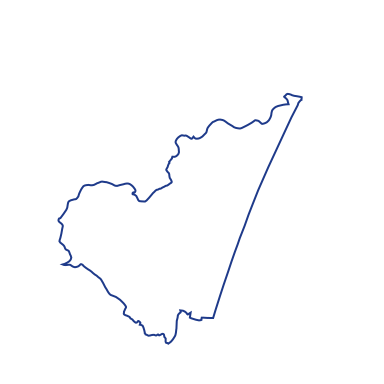 outline of Mo Duc, Quảng Ngãi, Vietnam, rotated 37°
{"feature_id": "81297802B23204917551818", "entity_name": "Mo Duc", "entity_type": "district", "adm_level": 2, "iso_a3": "VNM", "parent_name": "Vietnam", "parent_adm1": "Quảng Ngãi", "projection": "natural_earth1", "projection_center": [108.868, 14.986], "detail": "fine", "context": "isolated", "style": "outline", "palette": "blue", "viewbox_px": 384, "rotation_deg": 37, "n_neighbors": 0, "source": "geoboundaries", "source_scale": "gbopen_adm2", "svg_char_len": 6021}
<svg xmlns="http://www.w3.org/2000/svg" viewBox="0 0 384 384"><g transform="rotate(37 192 192)"><path d="M284.7,279.9L281.9,272.3L276.9,258.1L273.1,247.0L268.8,233.9L265.4,223.8L262.3,214.1L260.0,206.4L257.9,200.0L254.4,187.4L250.8,176.0L247.5,164.2L243.8,150.8L238.0,126.3L230.2,89.9L226.5,72.6L224.2,59.1L223.4,56.9L223.4,55.0L223.6,53.3L224.0,52.5L223.6,52.1L223.0,50.9L222.5,50.3L220.7,51.1L218.1,52.4L215.7,53.7L213.6,54.5L212.4,54.7L211.6,55.0L210.7,55.3L209.8,55.8L209.3,56.1L208.9,56.7L208.7,57.1L208.6,58.5L208.2,60.3L208.6,60.6L209.0,60.6L209.8,60.6L211.0,60.7L212.0,60.9L212.9,61.2L213.5,61.6L214.2,62.2L215.3,63.1L216.3,63.8L214.3,65.5L212.4,67.4L209.0,71.5L208.4,72.5L207.9,73.3L207.5,74.3L207.3,74.9L207.0,76.4L206.9,77.5L206.9,78.2L206.9,78.5L207.2,79.4L207.9,81.0L209.0,82.9L209.6,84.5L209.9,85.8L210.2,87.9L210.2,88.8L209.9,90.7L209.7,91.5L208.8,93.2L208.1,94.2L207.6,94.8L207.2,95.2L207.0,95.4L206.2,95.5L203.1,95.2L202.5,95.2L201.7,95.4L200.9,95.8L200.3,96.1L199.8,96.3L199.3,96.7L199.0,97.3L198.7,98.6L198.3,99.7L198.0,100.7L197.4,102.1L196.3,104.7L195.4,106.6L193.4,110.6L192.9,111.4L192.4,112.1L191.7,112.7L190.8,113.2L189.7,113.8L188.2,114.5L186.4,115.0L184.7,115.0L180.3,115.5L179.4,115.6L176.3,115.6L174.6,115.7L173.1,116.1L171.1,117.1L169.7,118.2L168.6,119.7L167.2,122.5L166.6,123.4L166.3,124.6L165.9,128.6L165.9,131.0L166.0,131.6L166.1,132.1L166.5,133.2L166.9,134.0L167.2,134.8L167.5,135.5L167.6,136.2L167.5,137.2L167.3,138.4L167.1,140.0L166.9,141.4L166.7,142.0L166.2,143.3L165.7,144.4L164.8,145.6L163.8,146.5L162.9,147.1L162.4,147.2L161.6,147.3L160.8,147.1L159.9,146.9L159.9,148.4L159.9,149.2L159.5,149.8L159.0,150.0L158.6,150.0L158.0,150.1L156.6,150.1L154.1,150.3L153.1,150.6L152.7,150.9L152.2,151.5L151.1,152.1L150.1,152.6L149.6,153.0L148.9,154.3L148.2,156.6L148.0,158.6L148.1,159.7L148.4,161.2L148.9,162.1L149.7,162.7L151.7,163.5L152.7,163.8L154.3,164.5L155.5,165.6L156.5,166.8L157.6,168.0L158.2,169.6L158.2,171.0L157.9,172.7L157.4,173.7L156.8,174.5L155.1,175.6L155.4,176.6L155.7,177.0L155.8,177.5L155.7,177.6L155.7,179.4L155.6,181.8L156.2,182.1L156.5,182.3L156.5,183.6L156.9,185.2L157.5,186.7L157.8,189.0L158.1,189.8L158.7,190.1L160.3,190.6L162.2,190.9L163.1,191.5L163.9,192.4L164.7,193.2L165.7,194.1L167.8,194.9L168.6,195.3L169.7,196.1L169.7,196.3L169.9,196.7L169.8,197.3L169.2,198.8L168.8,200.4L168.2,201.9L167.3,202.9L166.5,204.8L165.6,206.4L165.3,207.5L164.7,208.5L164.1,208.9L163.6,210.1L163.1,210.9L162.4,211.6L162.0,213.0L161.8,214.8L161.5,216.3L161.4,218.5L161.2,222.4L160.8,226.2L160.2,227.9L159.3,228.5L157.7,229.6L155.9,230.7L155.3,231.0L154.6,230.9L153.7,230.7L152.3,229.9L149.9,228.7L148.2,228.7L147.2,228.9L146.3,229.4L145.8,229.4L145.3,228.8L145.2,228.4L145.3,227.8L145.6,227.4L146.1,227.2L146.5,226.7L146.5,226.4L146.4,225.8L146.2,225.2L145.7,224.6L144.2,223.9L143.1,223.6L141.7,223.2L139.6,223.0L137.7,223.1L136.9,223.3L135.7,223.8L134.7,224.6L133.6,225.7L132.5,227.2L130.3,229.8L128.6,232.1L127.3,233.0L126.2,233.4L123.8,233.7L122.9,233.9L120.3,234.7L117.8,235.6L116.7,236.3L114.1,237.7L113.3,238.4L113.2,238.5L111.6,241.2L111.0,242.0L110.2,243.8L109.3,245.5L108.1,246.8L107.0,247.6L105.1,248.6L103.4,250.2L102.4,251.4L101.8,252.7L101.8,254.7L101.9,256.1L102.1,257.5L102.6,260.0L103.0,261.6L103.9,264.0L103.9,266.0L103.7,267.3L103.1,268.1L102.4,268.7L100.2,271.6L99.4,273.2L99.3,274.1L99.4,274.8L100.0,276.2L101.8,279.6L102.3,281.6L102.4,282.8L102.6,287.2L102.6,292.1L101.8,293.2L101.9,293.9L102.2,294.6L102.6,295.2L103.3,295.6L104.4,295.8L105.8,295.8L107.2,295.9L108.3,296.2L109.2,296.8L109.6,297.5L110.6,299.7L112.7,303.8L114.3,307.4L114.8,308.7L115.1,309.7L115.4,310.3L115.7,311.0L115.9,311.2L116.5,311.4L117.5,311.7L118.5,311.7L121.1,311.8L122.4,312.1L123.4,312.6L124.6,313.4L125.4,313.7L126.2,313.8L128.3,313.3L129.0,313.3L130.0,313.8L131.1,314.5L132.1,315.2L133.6,315.9L134.4,316.6L134.9,316.8L135.3,317.6L135.7,318.7L135.8,319.9L135.6,321.5L134.9,323.4L133.4,326.4L132.8,327.0L132.3,327.7L133.7,327.3L135.2,326.3L137.3,324.3L138.3,323.6L139.0,323.4L140.1,323.4L141.5,323.3L142.9,322.9L143.8,322.5L144.9,321.3L145.8,320.0L146.3,318.5L146.4,317.3L146.7,316.5L147.3,316.2L148.5,316.0L149.7,316.3L151.1,316.4L153.1,316.4L155.7,316.3L157.5,316.1L159.7,316.1L161.4,316.3L164.0,316.4L166.2,316.2L168.3,316.4L171.0,316.4L172.2,316.7L175.8,318.2L180.1,320.3L181.8,320.9L184.8,322.2L186.2,322.7L187.3,323.0L188.0,323.1L189.2,323.1L190.5,322.7L194.4,321.6L196.5,321.5L199.4,321.4L202.6,321.8L204.6,322.1L206.8,322.7L207.8,323.1L208.4,323.4L208.8,324.0L209.1,326.1L209.4,327.0L209.7,328.5L210.2,329.2L210.8,330.3L211.4,330.6L212.8,330.5L214.6,329.9L216.5,329.5L217.3,329.4L218.3,329.7L218.9,330.0L220.1,329.8L221.1,329.7L221.9,329.9L223.2,330.2L224.9,330.3L225.7,330.2L226.4,329.6L226.7,328.3L226.6,327.6L227.0,327.2L228.3,327.2L229.3,327.4L229.6,327.7L230.2,329.4L231.3,328.8L233.0,328.5L234.7,329.4L236.9,331.0L238.8,332.6L239.1,333.1L239.7,333.2L240.6,333.7L241.8,333.3L242.5,333.2L243.1,333.1L243.8,332.9L244.4,332.3L245.0,331.7L245.4,331.1L246.2,330.2L246.8,329.6L247.3,329.2L247.9,328.8L248.7,328.6L249.5,328.3L249.9,327.9L250.1,327.4L250.3,326.7L250.5,326.4L250.7,326.2L251.0,326.2L251.4,326.2L251.8,326.3L252.2,326.1L252.5,325.6L253.0,324.5L253.4,323.6L253.6,323.2L254.0,322.9L254.4,322.7L254.7,322.7L255.3,322.7L255.8,323.1L256.3,323.6L257.0,324.2L257.4,324.5L257.9,324.5L258.5,324.7L258.9,324.8L259.3,325.0L259.8,325.8L260.4,326.6L260.9,327.3L261.4,327.7L262.2,328.0L263.5,327.3L264.3,327.4L264.9,325.6L265.3,323.9L265.4,321.8L265.4,320.5L265.2,318.3L265.1,317.2L264.8,316.1L264.2,314.8L263.7,313.8L262.2,311.3L261.8,310.5L259.6,307.3L257.4,304.1L256.4,301.7L256.0,300.8L255.1,299.3L254.9,298.7L254.8,297.7L254.9,296.5L255.2,295.5L255.3,295.1L255.2,294.6L253.9,293.6L256.3,292.2L258.3,291.8L260.3,291.9L261.7,292.4L262.4,292.3L262.7,291.3L263.1,290.2L263.5,289.2L265.4,292.7L265.9,293.6L267.4,293.3L271.9,291.7L274.9,290.3L276.2,289.0L276.5,288.4L275.9,287.6L275.4,286.5L276.3,285.8L280.4,283.1L284.7,279.9Z" fill="none" stroke="#1e3a8a" stroke-width="2"/></g></svg>